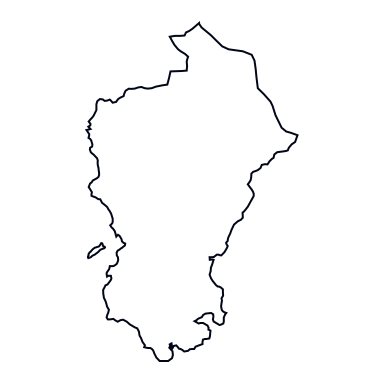 Pitas, Sabah, Malaysia (Robinson projection), rotated 180°
{"feature_id": "92858781B47215785880739", "entity_name": "Pitas", "entity_type": "district", "adm_level": 2, "iso_a3": "MYS", "parent_name": "Malaysia", "parent_adm1": "Sabah", "projection": "robinson", "projection_center": [117.152, 6.731], "detail": "fine", "context": "isolated", "style": "outline", "palette": "ink", "viewbox_px": 384, "rotation_deg": 180, "n_neighbors": 0, "source": "geoboundaries", "source_scale": "gbopen_adm2", "svg_char_len": 4653}
<svg xmlns="http://www.w3.org/2000/svg" viewBox="0 0 384 384"><g transform="rotate(180 192 192)"><path d="M184.9,361.0L191.6,355.2L195.2,352.8L198.0,351.6L199.4,348.5L204.0,348.1L209.3,348.1L214.2,347.3L211.8,342.9L209.7,339.3L206.1,334.9L203.6,332.9L199.0,330.1L195.9,327.3L196.6,325.3L197.3,322.5L196.9,317.8L197.3,313.4L202.2,313.0L213.5,312.6L215.0,305.8L216.7,299.4L222.0,298.6L228.0,297.4L232.3,295.8L236.2,295.4L239.3,295.8L242.5,297.0L245.7,296.6L249.2,295.4L253.0,295.1L255.2,295.3L258.4,293.3L259.7,290.5L260.4,287.9L263.6,286.4L265.9,284.9L267.9,282.1L271.3,281.3L273.1,283.4L274.2,284.4L276.9,283.4L279.4,283.1L281.2,284.6L284.2,284.9L286.7,282.8L287.6,279.8L287.6,273.9L290.5,268.1L291.9,266.3L293.9,264.2L295.3,262.4L293.5,260.1L293.7,258.6L295.7,257.3L294.6,256.1L293.5,255.0L295.9,254.3L297.5,254.0L294.8,249.9L294.8,248.7L295.5,246.1L293.9,245.1L292.8,243.6L292.3,241.8L291.6,239.5L291.9,237.4L293.9,236.2L294.1,234.4L293.2,231.8L291.6,230.3L290.5,229.5L286.9,225.7L286.2,223.4L286.4,221.4L286.2,218.8L285.5,216.0L285.3,213.7L284.9,211.2L284.9,209.1L285.5,207.1L287.3,205.6L289.4,204.5L291.2,203.5L292.3,201.7L293.9,200.5L295.3,196.9L294.1,195.1L292.1,191.8L292.5,190.0L292.5,188.2L291.4,187.7L288.5,186.7L287.3,185.9L285.8,184.9L283.7,184.7L281.9,181.1L280.1,179.8L278.3,178.3L276.7,176.8L275.8,175.0L274.2,172.7L272.9,170.4L271.3,165.3L271.3,162.5L271.7,160.7L273.8,158.7L272.4,156.6L270.8,155.1L269.2,152.8L267.7,147.4L266.1,149.2L264.5,148.2L262.5,144.9L262.0,142.6L260.4,141.1L258.8,140.5L259.1,138.5L261.1,137.0L261.5,136.5L263.4,135.4L264.5,134.4L266.3,133.4L267.4,131.4L267.2,128.6L266.1,126.8L265.8,124.2L266.3,122.2L267.2,120.2L268.8,118.9L270.6,117.9L274.2,117.9L274.4,116.6L274.9,114.8L277.2,111.5L277.4,110.0L276.9,107.4L275.8,108.2L273.1,108.2L272.6,105.4L273.3,103.8L276.5,99.5L278.5,98.7L279.6,96.4L280.8,94.2L280.8,91.1L280.1,86.2L278.5,82.9L277.6,80.1L276.9,77.3L275.1,74.3L275.8,71.2L276.7,69.2L277.4,66.6L276.2,64.6L274.0,64.6L270.6,65.1L268.6,63.6L266.3,62.3L263.6,63.8L260.9,64.3L257.2,62.3L254.3,59.7L252.3,58.5L249.3,56.7L246.8,55.7L245.0,52.3L244.8,50.3L244.4,48.3L243.0,46.0L241.4,41.9L239.1,38.8L239.8,36.8L236.2,36.0L233.7,36.0L232.1,35.0L230.8,33.5L229.6,30.4L227.6,26.4L226.0,24.8L224.4,23.0L218.6,23.0L215.8,23.0L212.0,25.8L211.1,28.9L211.5,32.7L212.9,34.3L214.7,36.3L213.8,38.1L214.3,39.6L212.5,40.6L212.2,38.8L212.7,37.1L211.5,35.8L210.2,38.1L207.7,38.6L206.1,36.8L205.0,35.3L203.4,35.0L201.6,34.0L199.8,32.5L195.9,33.2L194.1,34.8L191.9,35.0L189.8,35.0L188.5,37.3L184.6,38.8L181.5,39.9L181.5,42.2L181.0,44.4L179.2,45.0L177.8,45.0L174.7,45.5L174.0,48.0L173.8,50.8L173.5,53.4L175.6,54.4L175.4,56.2L176.5,58.5L178.3,59.5L180.8,61.0L183.7,61.0L185.3,60.5L189.4,62.8L187.8,63.6L185.8,65.3L182.1,66.9L181.0,68.9L178.5,70.4L172.9,71.0L170.8,69.7L170.6,67.1L171.1,64.6L170.4,62.5L164.5,59.0L163.4,59.2L160.7,60.5L160.2,62.5L160.2,66.6L158.8,69.7L157.7,71.0L159.5,71.7L160.9,72.5L162.2,74.0L162.9,77.6L162.5,80.9L162.0,83.2L162.5,85.7L160.9,88.3L161.1,91.6L161.1,94.7L163.4,96.7L165.2,97.5L166.3,97.5L168.1,99.0L169.9,101.3L171.5,103.3L173.1,105.9L174.4,109.4L173.3,113.0L173.1,116.3L172.0,119.1L170.4,124.2L171.7,124.5L174.2,124.2L174.4,126.8L172.2,126.8L170.1,127.0L168.8,128.1L167.2,129.3L165.2,129.3L164.3,128.8L162.7,128.6L159.5,131.9L157.0,136.2L156.3,138.0L157.5,139.8L157.9,141.3L156.3,143.1L156.1,145.1L155.4,147.2L153.9,150.2L152.5,154.1L150.0,159.4L146.2,162.7L143.0,164.3L141.2,166.3L141.4,171.4L140.1,172.4L138.2,174.7L136.2,177.3L130.3,188.0L130.3,190.3L131.0,192.3L132.4,194.6L134.4,197.2L136.2,199.7L134.8,201.5L133.3,204.0L132.8,206.8L132.6,210.4L130.8,212.2L128.3,213.0L126.0,214.0L123.5,216.0L122.2,219.1L119.2,219.8L116.5,219.6L114.5,222.7L112.2,225.0L110.4,226.2L109.7,229.5L106.8,231.8L98.6,232.9L96.2,233.6L95.2,236.2L92.3,239.7L88.9,242.0L86.5,248.8L93.2,251.2L97.8,252.5L102.4,256.3L108.5,268.8L111.5,278.3L113.6,282.5L120.1,289.8L126.2,295.8L127.6,307.3L128.3,314.8L129.5,323.4L132.3,329.2L141.1,332.7L155.4,334.7L161.7,337.6L167.7,343.4L173.2,348.9L182.4,356.5L184.8,360.0L184.9,361.0ZM282.8,140.9L283.9,139.0L284.8,137.8L285.8,137.3L287.8,136.7L289.4,136.2L290.8,135.1L291.8,134.2L293.0,132.8L293.5,132.1L294.2,131.8L295.5,129.8L295.4,128.8L295.8,128.1L296.1,127.1L296.0,126.5L295.7,125.9L294.2,126.4L292.9,127.0L292.0,127.9L291.5,128.3L290.6,128.8L289.7,129.1L288.8,129.7L288.1,130.3L287.4,130.8L285.9,131.9L285.0,132.8L284.4,133.6L283.9,134.0L283.1,134.5L282.3,134.8L281.5,135.2L280.7,135.4L279.6,135.8L279.0,136.6L279.1,137.0L279.6,137.4L280.4,137.6L280.9,137.9L281.2,138.6L281.4,139.9L281.7,140.5L282.2,140.9L282.8,140.9Z" fill="none" stroke="#020617" stroke-width="2"/></g></svg>